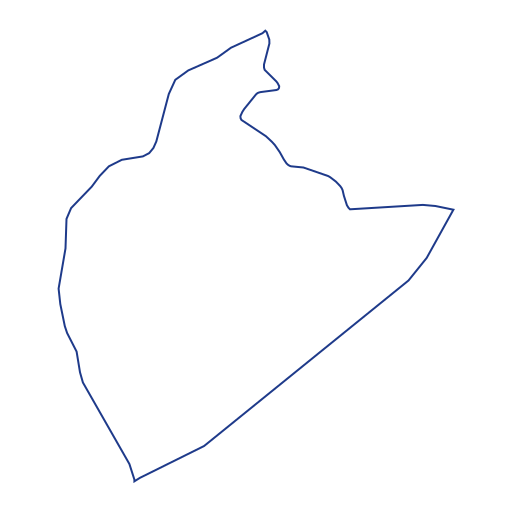 outline of Tozeur
{"feature_id": "TUN-101", "entity_name": "Tozeur", "entity_type": "Governorate", "adm_level": 1, "iso_a3": "TUN", "parent_name": "Tunisia", "parent_adm1": "", "projection": "mercator", "projection_center": [7.997, 33.974], "detail": "fine", "context": "isolated", "style": "outline", "palette": "blue", "viewbox_px": 512, "rotation_deg": 0, "n_neighbors": 0, "source": "natural_earth", "source_scale": "10m", "svg_char_len": 1039}
<svg xmlns="http://www.w3.org/2000/svg" viewBox="0 0 512 512"><path d="M134.4,481.3L134.4,479.6L129.4,464.0L104.0,419.5L82.9,382.5L80.0,372.3L76.6,351.6L67.1,333.0L64.8,326.1L60.3,304.1L58.6,288.6L65.5,248.4L66.5,218.9L71.1,208.1L78.3,200.6L91.7,186.7L99.8,175.8L108.9,166.3L121.8,159.8L142.9,156.4L149.2,153.1L153.4,148.0L156.3,141.5L168.8,94.0L175.3,79.8L188.3,70.4L217.1,57.7L231.0,47.7L262.5,33.2L265.3,30.7L266.7,32.1L269.3,39.6L269.4,43.5L264.0,64.5L264.0,67.6L264.7,69.9L276.3,81.4L277.6,83.1L279.2,86.2L279.0,88.0L278.1,89.3L276.5,90.0L260.5,92.1L259.0,92.5L257.5,93.1L256.0,94.4L244.2,109.0L242.4,111.8L240.4,116.1L240.6,118.3L241.5,120.0L265.9,136.2L272.0,141.9L274.9,145.1L279.8,152.2L283.8,159.4L286.5,163.4L288.0,164.8L289.6,165.8L291.0,166.3L303.4,167.5L328.3,176.1L330.3,177.3L335.9,181.6L340.3,186.2L341.7,188.2L342.6,190.2L343.9,195.8L346.9,205.2L348.5,207.8L350.0,209.3L422.8,204.9L435.4,206.0L453.4,209.7L426.7,257.9L408.5,280.5L204.1,446.0L140.0,477.8L134.4,481.3Z" fill="none" stroke="#1e3a8a" stroke-width="2"/></svg>